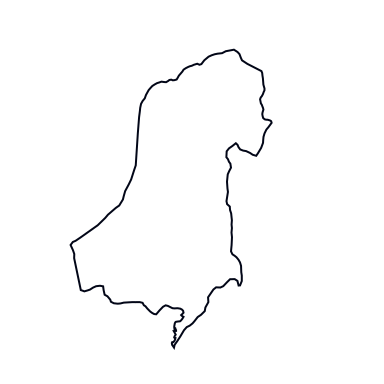 Telang Usan, Sarawak, Malaysia, rotated 209°
{"feature_id": "92858781B46981369874280", "entity_name": "Telang Usan", "entity_type": "district", "adm_level": 2, "iso_a3": "MYS", "parent_name": "Malaysia", "parent_adm1": "Sarawak", "projection": "equal_earth", "projection_center": [114.732, 3.333], "detail": "fine", "context": "isolated", "style": "outline", "palette": "ink", "viewbox_px": 384, "rotation_deg": 209, "n_neighbors": 0, "source": "geoboundaries", "source_scale": "gbopen_adm2", "svg_char_len": 3096}
<svg xmlns="http://www.w3.org/2000/svg" viewBox="0 0 384 384"><g transform="rotate(209 192 192)"><path d="M247.2,306.9L247.3,306.9L249.6,306.7L252.3,303.9L252.9,302.9L253.8,301.9L254.7,301.1L255.9,299.6L257.4,297.4L258.7,294.9L258.8,292.7L259.9,287.4L259.9,284.1L260.0,282.9L261.5,281.4L262.9,280.4L264.6,280.2L266.1,279.0L266.7,277.5L267.9,275.5L269.6,274.7L272.2,273.7L273.7,272.0L275.4,270.2L276.7,268.1L278.1,265.5L278.7,263.0L279.3,260.2L279.3,257.5L279.3,255.6L279.3,254.6L278.7,251.0L279.3,247.7L279.3,244.4L278.1,240.5L276.9,237.7L274.6,231.9L267.8,217.0L254.1,188.0L253.3,183.5L251.3,173.5L251.0,168.0L250.9,160.4L249.7,155.3L248.8,152.0L249.1,144.9L250.9,141.2L254.5,131.4L255.3,127.3L258.3,117.3L267.6,97.9L270.2,92.8L272.0,90.5L272.5,86.8L267.9,83.4L264.9,80.7L263.0,77.0L241.7,52.3L239.6,52.7L238.0,52.9L235.7,55.2L233.9,57.2L232.2,60.4L230.2,63.1L227.0,65.4L224.0,66.4L221.7,63.3L218.6,59.8L215.4,59.8L211.3,58.2L209.7,56.7L206.4,56.8L202.8,58.3L200.6,59.8L198.0,62.2L191.2,66.5L188.1,68.2L184.2,70.4L181.5,71.1L179.2,69.6L177.3,69.5L174.6,68.4L170.6,67.2L168.2,66.9L166.0,66.9L164.0,67.7L163.0,72.7L161.7,77.6L160.1,80.1L157.8,80.7L155.1,80.8L152.8,80.9L151.1,81.6L148.2,83.4L145.6,84.3L143.7,84.3L142.2,83.8L140.9,82.3L141.4,80.3L141.8,79.1L141.1,78.8L138.9,78.7L139.0,76.1L139.4,74.1L139.8,73.1L141.7,71.8L143.1,70.7L143.4,70.1L143.4,68.9L142.6,66.5L142.1,65.3L141.1,63.9L140.8,64.8L140.4,64.7L140.0,63.8L139.0,63.5L138.6,62.8L140.5,61.5L139.0,60.6L137.1,59.3L137.3,57.4L137.1,56.2L136.2,55.8L135.7,56.2L135.3,55.2L135.2,54.1L135.3,52.7L135.5,51.6L136.5,51.1L136.4,50.1L135.3,48.7L132.3,47.2L133.1,49.9L132.6,54.4L132.2,59.9L132.0,67.2L131.1,71.3L129.2,74.0L127.8,77.4L127.2,80.3L126.4,85.4L124.6,88.9L123.1,94.0L124.3,97.5L124.3,103.6L126.9,107.7L126.0,117.1L124.7,120.3L120.9,122.2L119.0,124.8L117.6,130.2L116.4,134.2L112.4,136.5L109.2,136.3L107.6,134.6L105.9,132.8L104.7,133.6L105.3,138.3L107.9,143.0L110.0,145.7L113.3,151.2L115.9,153.7L118.5,155.3L121.5,156.5L123.8,156.9L126.4,157.1L129.1,159.0L131.6,164.7L135.1,171.8L137.8,175.7L139.6,179.8L141.6,182.7L143.4,186.6L147.4,192.3L150.0,194.7L151.9,197.6L155.4,198.4L157.4,200.7L160.6,209.5L162.7,212.3L166.4,218.0L169.3,224.8L169.6,228.3L169.7,232.2L172.2,235.4L174.4,236.4L176.4,238.1L178.8,239.1L181.4,244.4L180.8,248.1L179.0,251.8L177.3,255.9L175.0,255.3L173.1,253.8L170.5,252.6L167.4,253.0L164.5,254.0L160.1,254.3L157.0,254.0L153.4,254.8L153.1,258.0L152.9,264.1L153.7,269.4L154.8,271.7L156.2,274.9L157.0,278.5L157.2,282.7L156.6,285.7L155.9,291.1L157.1,292.3L158.5,292.4L160.8,291.9L162.2,291.2L163.6,290.8L165.6,291.2L167.1,292.7L168.3,294.2L168.9,295.9L169.5,298.7L170.6,299.9L172.3,301.3L173.2,302.1L174.7,302.9L177.4,306.1L177.7,308.0L177.4,309.5L177.4,311.9L177.8,314.3L177.9,316.0L178.8,317.7L179.7,318.6L181.6,320.5L185.1,325.8L186.9,328.1L188.3,330.1L189.9,331.4L205.7,330.9L212.1,331.4L214.5,333.2L217.3,335.6L220.0,336.5L224.3,336.8L230.7,331.5L233.0,328.0L236.8,325.3L239.0,323.4L241.1,321.1L243.1,318.4L245.1,313.2L245.5,310.5L245.8,308.4L247.2,306.9Z" fill="none" stroke="#020617" stroke-width="2"/></g></svg>